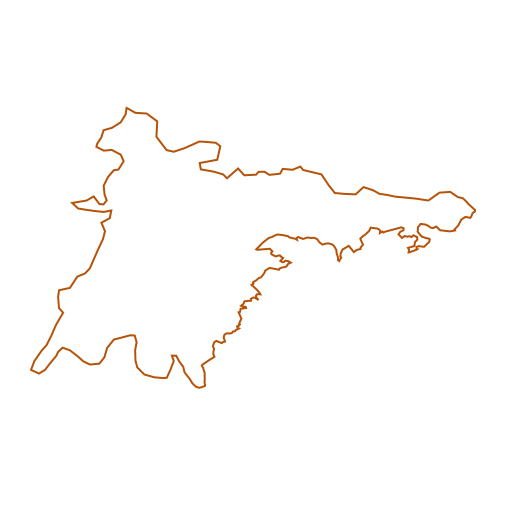 Meladeia, Paphos, Cyprus (Natural Earth projection), rotated 95°
{"feature_id": "46923920B22026130701227", "entity_name": "Meladeia", "entity_type": "district", "adm_level": 2, "iso_a3": "CYP", "parent_name": "Cyprus", "parent_adm1": "Paphos", "projection": "natural_earth1", "projection_center": [32.505, 34.991], "detail": "fine", "context": "isolated", "style": "outline", "palette": "amber", "viewbox_px": 512, "rotation_deg": 95, "n_neighbors": 0, "source": "geoboundaries", "source_scale": "gbopen_adm2", "svg_char_len": 4426}
<svg xmlns="http://www.w3.org/2000/svg" viewBox="0 0 512 512"><g transform="rotate(95 256 256)"><path d="M180.5,54.9L179.7,60.1L175.2,68.1L176.9,78.7L185.7,89.1L184.9,101.9L184.7,123.0L183.8,130.0L183.3,138.4L180.2,145.4L178.0,154.9L185.9,162.1L186.4,172.5L186.4,182.9L179.0,189.9L169.0,197.9L166.2,216.5L163.1,219.6L166.9,227.1L166.9,231.5L166.9,237.0L171.9,239.2L172.6,242.6L174.0,249.8L171.4,254.7L171.9,260.7L175.0,263.1L176.6,274.7L170.4,281.5L181.1,291.7L177.6,295.8L175.7,305.0L174.5,318.5L168.3,320.2L163.5,303.0L149.8,301.1L146.7,305.9L146.7,317.0L146.9,322.4L154.7,336.4L159.3,347.0L158.3,354.3L145.9,365.6L130.5,366.1L126.6,372.5L123.6,377.4L123.9,388.6L120.4,396.3L119.8,397.8L121.6,398.0L126.2,398.2L134.7,402.5L140.9,410.7L143.9,418.7L144.3,418.8L151.6,420.5L158.0,424.0L161.2,424.5L164.3,416.8L162.9,408.9L166.9,399.5L173.2,396.1L181.9,400.6L183.0,405.2L190.2,410.3L199.3,413.9L208.0,412.2L213.6,409.6L217.9,412.4L217.9,416.5L210.8,422.9L215.5,429.6L219.2,443.7L224.2,437.3L224.8,428.8L225.2,421.4L225.4,411.6L223.3,404.1L231.1,405.0L236.3,412.9L244.5,408.6L252.4,409.9L263.9,414.1L282.9,420.5L288.3,424.8L292.1,432.2L304.0,438.6L307.3,449.2L313.8,449.6L325.1,447.7L329.3,443.2L342.0,449.2L353.3,453.0L362.9,456.8L369.0,461.3L376.8,465.8L380.1,467.7L381.3,468.0L389.1,470.2L392.0,461.9L387.8,456.2L380.7,451.7L372.8,446.2L369.0,444.9L364.2,440.7L366.1,433.3L371.5,424.8L375.9,419.0L378.6,412.0L376.9,402.7L370.2,398.2L360.6,396.3L351.6,390.3L348.9,382.5L346.0,374.6L345.8,369.9L352.3,367.4L360.4,368.2L370.5,367.0L377.3,364.6L381.5,359.7L383.8,356.8L385.7,346.8L385.7,337.6L385.1,334.3L376.7,331.3L372.1,330.0L367.7,328.8L362.6,331.1L362.3,326.8L364.5,325.4L368.1,323.0L372.6,318.9L378.2,317.0L384.7,310.9L388.3,308.4L391.7,304.1L392.2,300.7L390.0,295.6L389.8,295.5L388.3,295.6L386.5,296.3L384.0,296.3L382.4,296.4L380.3,296.7L378.2,296.8L376.0,297.2L374.5,298.0L372.3,298.8L371.2,299.4L370.5,300.0L369.8,300.4L369.0,300.0L363.1,292.7L360.1,288.6L357.7,289.9L354.9,290.1L352.1,289.6L349.7,291.1L345.6,290.1L344.0,288.1L345.8,282.6L344.7,281.6L343.9,279.4L340.0,281.1L337.5,280.7L336.2,279.5L335.5,278.1L335.6,275.8L334.9,273.4L333.2,272.3L332.9,270.5L331.5,269.7L330.5,267.8L329.7,266.7L329.3,268.1L327.8,268.7L327.2,267.1L325.9,267.1L325.5,266.1L324.5,266.8L319.7,265.1L313.6,268.4L313.2,267.1L309.9,266.7L308.7,261.4L307.6,261.8L307.4,264.8L306.9,266.5L304.6,264.2L302.5,263.7L301.9,263.1L301.8,261.2L301.3,260.2L301.3,258.8L301.0,257.1L299.2,257.4L297.9,255.8L297.5,254.3L297.9,253.1L299.6,249.6L298.6,250.8L296.8,252.4L295.5,252.5L294.3,251.9L293.7,250.1L293.8,248.3L292.8,248.9L290.4,251.2L289.3,252.5L286.8,255.7L285.2,257.9L283.9,256.1L282.4,256.6L282.0,256.2L280.2,253.6L278.0,251.7L276.7,249.0L272.2,246.2L269.8,245.6L267.3,242.4L266.7,241.2L267.0,238.9L267.0,237.5L267.7,232.0L266.8,231.8L265.6,230.0L263.9,224.8L262.6,224.2L260.9,223.1L259.6,220.8L258.2,223.8L258.2,226.4L259.6,227.8L259.9,229.0L258.8,231.3L255.7,228.8L254.4,231.3L253.5,231.8L253.4,233.0L254.7,236.4L254.1,237.9L253.0,240.7L251.7,241.2L249.9,240.1L249.3,240.8L247.6,242.8L249.7,255.2L249.3,256.3L242.0,250.3L236.9,244.8L235.6,241.5L234.7,240.4L232.7,236.6L232.9,230.4L233.5,225.8L234.6,224.3L235.4,218.4L236.2,216.7L234.9,217.3L233.4,215.7L234.9,210.7L233.1,206.3L233.2,202.4L232.8,199.5L233.9,196.5L236.5,194.3L237.7,192.7L238.8,190.8L237.6,187.5L237.1,184.8L237.9,180.9L239.7,178.8L243.0,176.5L246.5,175.8L250.6,174.1L253.1,173.9L253.7,172.7L253.4,172.7L250.2,170.9L249.0,172.0L245.6,171.7L242.0,170.3L237.8,164.5L243.6,158.8L241.1,156.1L239.9,152.5L238.4,152.5L235.4,150.4L233.5,151.6L229.5,153.6L226.4,150.7L225.6,149.4L221.2,145.5L217.8,144.3L218.1,137.2L219.2,135.2L220.5,134.5L222.3,134.6L220.6,132.4L221.5,131.2L220.6,129.7L214.8,113.6L215.6,111.3L217.5,111.4L219.3,114.4L222.0,115.9L225.3,112.1L223.1,109.5L223.6,106.7L222.9,105.0L223.6,102.8L221.7,101.0L223.1,97.1L225.7,96.7L228.2,98.8L230.5,99.0L232.2,99.0L234.7,105.3L236.5,104.0L239.2,104.3L239.0,103.5L235.8,96.8L235.2,96.0L235.1,96.7L233.0,96.8L232.0,94.7L232.2,89.4L229.0,86.6L227.0,84.7L224.2,84.3L223.6,85.1L223.4,88.0L222.2,92.5L219.7,95.2L217.7,97.1L213.1,97.1L209.7,94.8L209.9,90.1L210.9,87.1L212.5,84.5L212.8,82.1L210.9,79.0L214.3,74.8L214.6,65.1L213.2,59.9L212.2,60.5L208.0,57.2L201.8,54.6L198.8,50.8L199.3,45.8L197.4,44.8L195.2,44.3L193.6,43.2L192.6,41.8L191.1,41.8L185.4,49.3L184.1,50.4L180.5,54.9Z" fill="none" stroke="#b45309" stroke-width="2"/></g></svg>